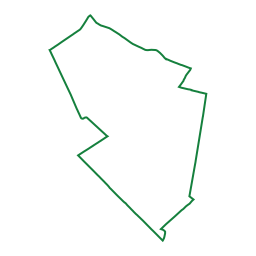 the district of Ciocarlia, Ialomita, Romania
{"feature_id": "2599482B90086156609266", "entity_name": "Ciocarlia", "entity_type": "district", "adm_level": 2, "iso_a3": "ROU", "parent_name": "Romania", "parent_adm1": "Ialomita", "projection": "natural_earth1", "projection_center": [26.657, 44.793], "detail": "fine", "context": "isolated", "style": "outline", "palette": "green", "viewbox_px": 256, "rotation_deg": 0, "n_neighbors": 0, "source": "geoboundaries", "source_scale": "gbopen_adm2", "svg_char_len": 3081}
<svg xmlns="http://www.w3.org/2000/svg" viewBox="0 0 256 256"><path d="M195.6,161.4L195.6,161.2L199.2,139.1L202.8,116.9L202.9,116.7L206.3,93.8L204.6,93.4L202.9,93.0L202.3,92.9L201.8,92.7L201.0,92.6L198.9,92.1L198.5,91.9L196.3,91.4L191.6,90.3L191.6,90.0L191.3,89.9L190.5,89.7L189.8,89.5L188.2,89.3L183.1,88.1L182.5,88.0L180.7,87.5L179.0,86.9L180.1,85.5L183.5,80.8L183.8,79.7L184.3,78.9L184.8,78.1L185.2,77.2L185.6,76.2L186.5,74.7L190.2,69.9L190.8,68.4L189.5,68.0L188.7,67.7L186.9,67.0L186.7,66.9L182.2,65.2L181.6,65.0L181.0,64.9L178.4,63.9L177.0,63.3L176.4,63.1L174.2,62.3L170.2,60.7L168.5,59.9L167.0,59.3L166.8,59.2L166.8,59.3L166.7,59.4L166.1,59.3L165.8,59.0L165.1,58.4L164.4,57.7L163.7,56.8L162.4,55.3L159.9,52.8L157.3,50.7L156.6,50.4L156.0,50.1L155.1,50.0L151.6,49.8L150.1,49.9L149.1,50.0L148.4,50.1L147.7,50.1L146.8,50.1L145.9,50.0L145.1,49.8L144.3,49.4L142.7,48.6L141.4,47.9L140.5,47.5L139.1,46.9L136.3,45.6L135.3,45.1L132.9,44.0L130.6,42.5L128.4,40.9L124.4,38.0L122.4,36.8L119.3,34.4L115.4,31.9L113.9,31.0L113.2,30.5L111.3,29.3L109.4,28.2L107.9,27.7L106.7,27.3L102.4,25.9L101.6,25.7L101.2,25.6L99.5,24.7L97.5,23.4L96.5,22.9L96.2,22.6L94.6,20.6L93.6,19.3L91.9,17.2L91.1,16.2L90.4,15.4L89.9,15.6L89.5,16.0L88.9,16.4L88.4,16.9L88.1,17.3L87.7,18.0L87.0,19.2L86.6,19.8L85.9,21.0L85.3,21.9L84.1,23.8L83.2,25.2L82.1,26.8L80.9,28.5L80.3,29.2L79.8,29.7L79.2,30.1L76.8,31.7L75.5,32.6L74.1,33.5L73.5,34.0L73.0,34.3L72.8,34.5L72.3,34.8L63.6,40.7L61.4,42.2L58.0,44.6L54.8,46.7L53.7,47.5L52.3,48.4L51.4,49.0L50.4,49.7L49.8,50.1L49.7,50.1L49.8,50.4L50.5,51.7L51.7,54.3L54.3,59.7L55.5,62.4L58.3,68.3L59.5,70.9L61.9,76.0L67.8,88.5L70.8,94.8L71.0,95.3L72.7,99.3L76.8,108.9L77.6,110.5L78.0,111.5L78.6,112.7L78.9,113.4L79.4,114.4L79.7,115.1L80.2,116.2L80.7,117.3L80.8,117.6L80.9,117.8L81.1,118.0L81.4,118.3L81.7,118.5L82.2,118.6L82.6,118.7L83.0,118.6L83.3,118.6L83.8,118.3L84.4,117.8L84.7,117.7L85.1,117.6L85.6,117.5L86.0,117.4L86.3,117.4L86.6,117.5L87.0,117.7L101.6,131.1L103.6,132.9L106.6,135.7L107.5,136.3L104.7,138.1L103.7,138.8L94.3,144.9L87.9,149.1L84.2,151.4L79.9,154.2L78.1,155.4L78.9,156.2L79.7,157.0L80.3,157.6L83.7,161.1L89.7,167.1L93.6,171.0L97.3,174.8L99.1,176.5L101.1,178.6L102.4,179.9L103.5,181.0L104.3,181.8L105.3,182.9L106.2,183.8L107.1,184.7L108.0,185.7L108.8,186.6L109.3,187.3L109.8,188.0L110.4,188.5L111.6,189.7L116.4,194.6L118.2,196.4L121.5,199.6L122.3,200.4L123.3,201.4L123.7,201.7L124.6,202.6L125.0,202.7L125.7,203.3L126.8,204.6L127.4,205.3L128.2,206.1L128.9,206.8L129.9,207.8L131.2,209.2L131.9,209.9L132.6,210.6L133.1,211.1L133.6,211.7L134.8,212.9L135.9,214.0L137.2,215.1L138.6,216.5L139.8,217.6L140.8,218.6L142.9,220.6L146.8,224.6L151.3,229.2L153.2,231.0L162.2,240.1L162.7,240.6L163.0,240.2L164.0,238.1L164.4,236.7L165.1,233.4L165.1,232.0L165.1,231.6L164.4,230.8L163.8,230.3L162.8,229.7L161.6,229.3L161.1,229.2L160.9,229.1L166.1,224.1L174.6,216.6L181.7,210.1L183.3,209.0L184.1,208.2L185.9,206.4L186.9,205.6L188.4,204.5L189.6,203.7L191.6,201.3L192.5,200.4L193.5,199.5L189.4,196.3L194.7,166.4L195.4,162.6L195.6,161.4Z" fill="none" stroke="#15803d" stroke-width="2"/></svg>